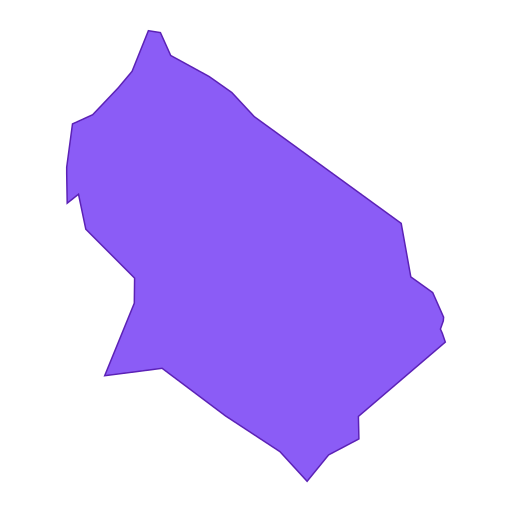 outline of Santa Ana Tavela, Oaxaca, Mexico
{"feature_id": "50627088B65889438571597", "entity_name": "Santa Ana Tavela", "entity_type": "district", "adm_level": 2, "iso_a3": "MEX", "parent_name": "Mexico", "parent_adm1": "Oaxaca", "projection": "albers", "projection_center": [-95.889, 16.606], "detail": "fine", "context": "isolated", "style": "filled", "palette": "violet", "viewbox_px": 512, "rotation_deg": 0, "n_neighbors": 0, "source": "geoboundaries", "source_scale": "gbopen_adm2", "svg_char_len": 548}
<svg xmlns="http://www.w3.org/2000/svg" viewBox="0 0 512 512"><path d="M307.1,481.3L328.6,454.9L358.9,438.9L358.4,416.4L445.3,342.1L442.3,333.3L440.4,329.1L443.3,320.9L443.6,317.2L432.7,292.6L410.8,276.9L401.2,223.4L254.2,116.6L231.8,92.5L219.9,84.1L209.1,76.5L170.7,55.5L160.4,32.6L148.4,30.7L132.1,71.3L118.0,88.1L92.7,114.7L72.5,123.9L66.7,167.2L66.7,173.6L67.2,203.2L73.6,198.1L78.5,194.2L85.8,229.2L134.6,278.1L134.3,303.2L104.7,375.7L162.1,368.3L225.6,416.0L280.0,451.7L307.1,481.3Z" fill="#8b5cf6" stroke="#5b21b6" stroke-width="1.5"/></svg>